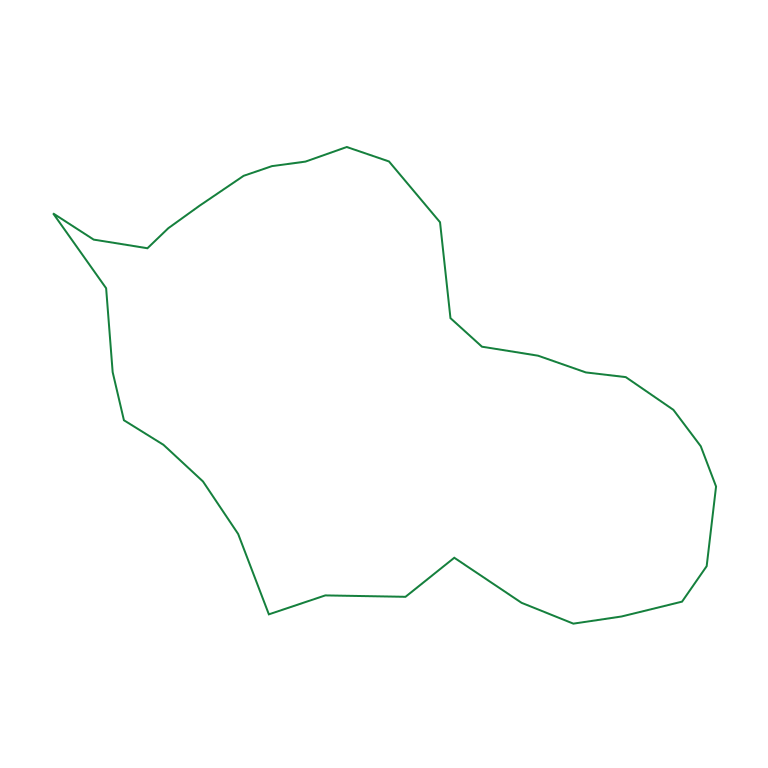 the district of Agios Sozomenos, Nicosia, Cyprus, rotated 271°
{"feature_id": "46923920B46638868756169", "entity_name": "Agios Sozomenos", "entity_type": "district", "adm_level": 2, "iso_a3": "CYP", "parent_name": "Cyprus", "parent_adm1": "Nicosia", "projection": "mercator", "projection_center": [33.446, 35.069], "detail": "fine", "context": "isolated", "style": "outline", "palette": "green", "viewbox_px": 768, "rotation_deg": 271, "n_neighbors": 0, "source": "geoboundaries", "source_scale": "gbopen_adm2", "svg_char_len": 584}
<svg xmlns="http://www.w3.org/2000/svg" viewBox="0 0 768 768"><g transform="rotate(271 384 384)"><path d="M620.3,342.6L605.0,301.6L599.9,268.2L589.7,240.0L559.0,196.4L536.0,165.6L515.6,145.1L523.3,91.2L548.8,50.2L474.9,104.5L391.1,112.5L343.2,124.6L319.3,164.6L283.4,204.7L231.5,240.8L151.7,272.9L171.6,329.0L171.6,409.2L211.5,457.3L167.6,525.4L147.7,577.5L155.7,625.6L171.6,685.8L207.5,709.8L287.3,717.8L327.3,701.8L363.2,673.8L395.1,625.6L399.1,585.6L415.0,537.5L423.0,481.3L451.0,449.3L546.7,437.2L606.6,385.1L620.3,342.6Z" fill="none" stroke="#15803d" stroke-width="2"/></g></svg>